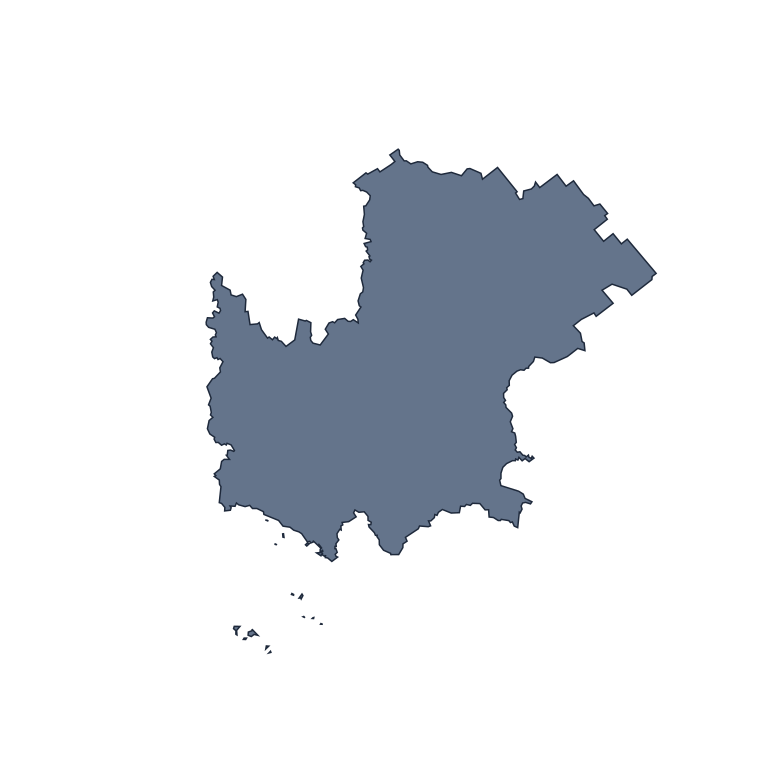 the district of Isaac, Queensland, Australia, rotated 136°
{"feature_id": "25037944B43894874276355", "entity_name": "Isaac", "entity_type": "district", "adm_level": 2, "iso_a3": "AUS", "parent_name": "Australia", "parent_adm1": "Queensland", "projection": "robinson", "projection_center": [148.499, -22.243], "detail": "fine", "context": "isolated", "style": "filled", "palette": "slate", "viewbox_px": 768, "rotation_deg": 136, "n_neighbors": 0, "source": "geoboundaries", "source_scale": "gbopen_adm2", "svg_char_len": 6185}
<svg xmlns="http://www.w3.org/2000/svg" viewBox="0 0 768 768"><g transform="rotate(136 384 384)"><path d="M266.4,550.1L266.0,547.0L267.5,545.8L265.6,542.2L266.5,539.3L264.7,538.0L263.1,534.1L263.1,529.0L266.4,526.4L273.3,524.8L275.1,526.0L280.3,519.6L286.4,515.4L289.3,511.3L291.1,511.2L292.3,509.3L291.8,504.5L296.5,501.8L293.5,497.6L294.4,495.4L300.7,498.9L301.8,495.6L301.0,494.0L302.7,491.8L304.5,492.0L305.2,485.9L306.4,486.0L307.6,483.6L307.0,481.8L309.1,481.6L309.4,484.3L312.0,486.5L314.7,485.7L315.0,484.4L319.0,484.7L320.0,480.4L326.8,476.0L331.8,467.6L335.3,465.0L338.4,465.3L344.9,461.8L347.4,457.5L347.1,455.4L356.5,453.3L357.8,448.7L360.1,445.8L361.4,451.6L364.6,452.2L366.3,454.1L366.7,458.5L372.6,462.6L377.0,462.3L377.7,464.5L381.2,466.1L388.2,464.2L389.3,458.6L402.8,456.4L406.7,462.7L406.4,466.2L404.6,468.8L402.2,469.3L400.6,472.5L394.0,478.9L395.7,483.7L396.9,484.0L400.4,490.0L417.6,477.7L428.4,479.1L428.2,486.0L429.8,488.8L428.5,491.4L429.5,491.1L430.1,493.7L433.5,493.3L434.0,497.6L435.9,497.9L434.4,508.2L431.1,514.9L433.2,515.1L439.1,519.8L431.4,530.7L433.7,532.5L424.6,540.8L423.4,546.9L429.5,549.4L432.1,554.3L429.5,558.4L432.4,567.7L425.9,573.1L426.5,580.2L432.1,580.2L433.5,577.0L435.0,578.8L438.3,577.7L440.3,573.8L440.4,568.8L442.9,568.8L446.1,564.8L449.5,562.7L445.3,560.5L446.4,558.1L450.4,555.3L449.4,552.3L450.6,550.3L453.5,549.6L455.3,554.5L458.0,554.2L459.2,550.1L461.3,550.3L465.0,554.3L469.0,552.0L470.6,550.1L470.8,546.6L467.6,540.8L468.9,537.3L471.2,536.5L472.0,534.6L474.4,536.6L477.9,536.7L478.0,534.3L480.9,533.5L481.5,528.6L485.7,526.6L488.4,522.5L488.3,520.0L485.9,519.0L486.4,516.9L484.2,516.2L484.3,511.9L490.9,509.7L493.3,506.3L502.0,505.9L503.7,506.9L513.3,505.0L518.2,493.9L524.7,490.9L524.5,488.8L528.0,483.5L530.3,482.3L530.2,478.9L535.2,479.2L542.1,474.5L544.0,469.0L542.8,463.3L544.5,462.4L545.6,458.7L543.8,457.1L543.4,452.8L540.4,451.8L539.8,449.7L538.1,450.4L536.3,446.4L537.8,440.0L538.9,439.9L540.3,443.1L542.5,444.7L546.1,441.8L546.9,442.3L547.5,437.1L551.3,440.8L554.6,441.1L560.7,436.7L568.5,437.3L568.6,435.0L570.3,435.4L569.2,429.3L572.0,426.1L572.6,423.4L584.9,413.1L583.8,410.9L584.2,405.8L586.8,403.4L582.2,399.9L579.9,401.2L579.5,403.2L576.1,399.5L572.8,400.9L572.5,398.1L569.1,392.3L564.9,390.0L565.1,385.8L561.9,382.7L559.4,375.9L561.0,373.6L554.6,359.1L555.4,351.9L551.1,346.3L550.5,341.6L547.9,336.7L547.2,333.5L548.8,323.7L546.7,322.4L547.1,320.5L544.5,319.4L543.9,320.6L543.5,309.8L543.3,312.5L543.0,313.6L542.3,313.8L542.8,309.4L544.7,309.4L546.8,307.4L543.8,307.0L544.2,306.2L546.7,306.9L549.8,309.3L548.7,304.2L546.0,305.2L545.9,304.9L547.1,304.1L546.4,301.2L545.6,301.5L545.3,301.1L546.8,299.9L545.4,298.1L544.8,292.6L537.6,291.7L538.2,293.5L537.4,295.4L534.6,295.4L533.0,298.9L533.7,299.7L532.0,301.2L531.2,300.3L529.5,302.5L524.8,303.2L524.3,305.9L521.8,309.0L516.7,310.2L516.2,308.7L513.7,311.8L511.5,311.3L510.3,313.5L505.0,309.5L496.3,307.8L495.4,312.4L492.4,313.6L491.2,309.2L487.0,305.8L487.5,299.9L490.2,297.0L489.2,293.4L491.2,292.0L492.8,293.7L494.1,291.5L494.2,283.7L495.3,281.1L494.0,279.9L495.1,279.1L495.7,275.2L499.0,271.6L499.8,264.7L496.9,257.6L497.6,256.5L491.9,251.1L484.1,253.2L481.4,255.8L476.6,254.9L475.1,258.8L459.9,256.0L457.1,257.2L451.3,250.6L449.0,249.6L447.1,254.6L445.4,253.0L440.6,252.9L438.1,254.8L437.1,252.7L434.0,253.9L429.2,253.2L425.3,244.5L419.2,239.1L413.8,242.9L411.1,239.9L408.4,240.1L406.2,236.7L403.2,236.7L398.1,231.4L398.7,223.2L396.1,220.9L400.8,215.3L398.0,211.9L396.7,206.5L395.1,204.9L393.7,205.2L389.1,199.0L389.3,196.5L387.5,195.6L389.0,191.3L387.6,187.8L375.7,197.8L375.6,196.7L371.6,198.1L370.1,201.0L367.0,202.1L364.4,200.5L361.9,196.0L359.4,196.5L362.0,203.7L360.3,208.0L361.6,213.3L370.5,229.7L367.6,234.5L365.6,234.7L361.8,238.6L356.4,241.5L351.1,241.6L344.8,239.6L342.8,237.6L341.4,238.6L340.5,236.3L337.9,237.5L338.0,232.8L334.3,232.4L333.6,227.3L327.6,226.5L327.6,229.1L329.8,228.2L330.6,230.8L329.5,232.5L332.5,232.8L332.4,234.8L333.6,236.3L333.3,240.8L335.5,242.3L335.4,245.4L333.0,246.2L332.0,249.8L329.4,250.1L325.6,255.0L324.0,257.9L325.4,261.1L322.3,262.3L319.4,269.1L313.9,271.5L312.4,274.4L312.5,282.4L310.9,284.4L310.7,287.6L308.0,287.8L307.3,291.1L304.5,294.2L299.4,294.3L298.3,296.1L294.8,296.0L291.7,299.4L285.8,301.4L279.4,300.9L275.9,299.4L273.7,296.6L270.9,296.7L269.0,295.0L267.8,296.1L260.9,296.4L256.8,298.6L252.1,292.7L249.5,283.7L246.8,281.3L233.0,276.4L219.9,275.0L216.3,268.4L211.5,274.5L212.0,277.0L207.4,284.1L207.3,294.4L197.2,293.4L183.6,289.3L184.4,285.3L163.1,282.9L162.0,300.0L150.6,297.4L143.4,283.5L144.2,275.7L118.8,273.0L116.4,275.1L111.4,274.5L108.4,319.2L115.9,319.9L114.8,333.0L126.9,334.1L125.6,349.0L108.9,347.4L108.3,351.8L104.7,351.3L103.7,363.5L109.2,366.3L108.0,375.6L108.8,381.7L106.5,398.5L115.6,399.8L113.9,414.5L135.5,417.1L134.7,424.0L138.3,422.0L142.5,421.9L149.4,425.8L155.3,420.9L158.3,422.6L156.7,430.0L154.7,429.8L151.9,460.9L170.9,462.9L167.9,468.2L172.5,479.3L174.8,481.0L183.6,480.0L188.5,489.4L197.4,495.1L201.9,503.1L201.8,509.4L200.8,511.1L202.1,516.6L205.4,520.5L211.8,523.7L212.9,529.0L214.5,530.5L213.6,537.8L210.7,541.5L210.7,543.1L220.7,544.7L221.6,536.5L226.4,536.9L239.6,539.4L239.1,543.4L249.9,546.3L250.3,548.4L266.4,550.1ZM649.3,299.4L650.0,298.1L653.9,299.8L656.3,297.7L654.9,294.5L651.4,294.1L649.3,290.8L649.3,299.4ZM661.9,309.4L664.2,307.1L663.8,306.7L664.3,306.3L664.1,305.6L661.2,309.1L656.0,309.7L660.1,313.7L662.2,312.5L661.9,309.4ZM592.9,286.9L589.3,288.1L588.9,289.9L593.8,289.0L592.5,287.9L592.9,286.9ZM549.8,322.9L552.2,322.9L552.1,321.1L548.5,321.0L549.8,322.9ZM661.1,298.4L662.6,298.0L661.0,296.3L659.4,296.7L661.1,298.4ZM649.0,275.5L650.6,277.3L653.1,275.5L649.0,275.5ZM560.3,346.1L561.0,346.6L563.1,344.0L562.5,343.1L560.3,346.1ZM651.3,270.6L653.6,270.5L651.8,269.5L651.3,270.6ZM595.8,297.3L596.8,296.9L595.8,294.9L595.2,295.4L595.8,297.3ZM572.6,342.7L573.6,345.1L573.7,344.1L572.6,342.7ZM562.5,365.7L562.5,366.8L563.8,368.7L562.5,365.7ZM595.0,253.7L595.8,255.5L596.5,255.3L595.0,253.7ZM596.7,264.8L597.4,265.2L598.5,265.2L597.6,264.2L596.7,264.8ZM603.2,272.5L603.9,272.8L603.2,270.8L603.2,272.5Z" fill="#64748b" stroke="#1e293b" stroke-width="1.5"/></g></svg>